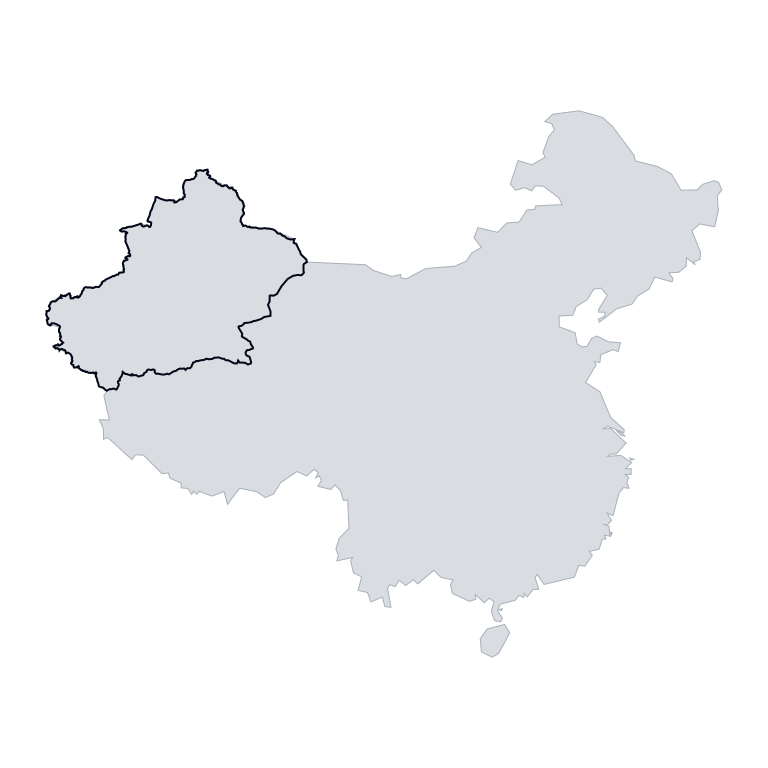 China, with Xinjiang highlighted
{"feature_id": "CHN-1756", "entity_name": "Xinjiang", "entity_type": "Autonomous Region", "adm_level": 1, "iso_a3": "CHN", "parent_name": "China", "parent_adm1": "", "projection": "equal_earth", "projection_center": [83.367, 41.753], "detail": "fine", "context": "in_parent", "style": "outline", "palette": "ink", "viewbox_px": 768, "rotation_deg": 0, "n_neighbors": 0, "source": "natural_earth", "source_scale": "10m", "svg_char_len": 9624}
<svg xmlns="http://www.w3.org/2000/svg" viewBox="0 0 768 768"><path d="M469.4,601.3L452.4,593.4L450.5,584.5L453.1,579.9L441.2,577.5L433.7,570.4L417.7,583.9L413.5,579.8L405.7,585.4L399.1,580.3L395.1,586.6L389.7,584.8L387.6,588.7L391.0,607.3L384.9,606.6L382.3,597.1L370.8,601.8L367.5,592.5L358.1,590.4L361.7,576.8L353.5,572.9L350.7,561.0L352.5,557.4L336.8,560.9L338.4,555.6L335.9,548.8L339.1,538.5L349.0,528.3L347.7,500.1L343.4,500.4L340.5,490.7L334.8,484.8L330.9,489.5L317.9,486.3L321.4,480.5L319.4,475.8L315.8,477.9L318.3,472.6L314.2,469.3L306.6,476.0L297.0,471.5L280.6,482.7L273.7,493.9L265.4,497.5L256.6,491.7L239.6,488.2L227.5,504.3L224.0,491.5L211.8,496.1L199.3,491.3L196.8,494.2L193.4,491.2L191.7,494.5L187.8,488.5L180.9,487.8L181.4,483.3L169.9,478.1L168.4,473.1L162.0,473.6L143.3,455.0L135.6,454.9L131.9,459.7L107.8,437.6L103.5,439.2L103.4,428.7L99.4,419.7L109.4,420.0L103.9,395.9L106.9,391.3L98.8,385.7L96.2,372.7L74.2,367.5L71.2,363.8L70.7,354.4L53.7,346.8L62.6,343.0L60.1,339.6L59.9,327.2L47.9,324.1L46.5,311.2L49.8,309.3L51.1,302.2L61.1,295.5L69.5,293.4L70.7,298.2L78.1,297.5L85.2,287.4L99.2,286.6L106.5,279.3L123.7,272.1L123.0,262.9L127.3,259.8L125.7,257.3L130.2,255.5L125.5,241.8L127.1,232.8L120.3,230.3L140.7,223.6L149.9,226.8L151.0,222.5L147.7,220.1L155.7,197.3L175.0,202.4L182.7,199.1L184.7,181.5L194.0,178.5L197.5,170.7L207.5,169.7L209.5,178.1L235.4,190.4L244.0,206.1L240.6,221.1L243.2,225.8L272.8,229.5L293.9,239.1L293.9,242.6L307.1,262.1L365.4,264.7L373.4,270.4L391.8,276.5L400.6,274.6L400.9,277.9L406.5,278.8L425.8,268.5L454.7,266.2L466.1,261.3L471.8,252.9L481.4,247.4L474.0,237.8L477.9,227.7L497.6,232.3L506.8,223.0L519.2,222.0L526.7,210.1L535.1,209.1L535.6,205.9L562.1,204.6L559.0,197.9L543.2,186.1L535.2,186.0L531.6,190.8L524.5,187.7L515.6,190.3L510.3,184.0L518.1,160.6L531.8,164.8L545.1,157.3L543.0,152.6L548.8,136.5L554.3,129.9L551.8,123.6L544.8,121.6L552.8,114.2L579.2,110.8L602.5,117.4L612.4,126.3L634.0,155.3L635.2,160.9L657.8,166.6L671.4,173.9L681.0,190.2L697.0,189.9L702.7,184.4L714.1,180.7L718.6,182.3L721.9,189.9L717.3,195.7L718.3,210.7L714.6,226.8L699.7,223.9L691.9,230.9L700.5,252.3L700.1,259.4L693.4,262.0L695.3,264.8L686.5,257.9L686.2,266.1L678.8,272.2L668.9,272.9L673.0,278.6L672.1,281.9L654.7,277.0L648.9,289.2L637.7,295.9L632.1,304.0L616.5,308.9L599.4,322.2L598.3,319.3L604.4,316.4L605.3,312.2L599.0,312.2L598.4,309.8L607.3,295.3L601.0,288.1L593.6,289.2L587.5,299.4L576.2,306.6L572.8,315.3L559.1,316.0L559.3,326.9L575.2,332.8L577.1,343.8L581.5,346.8L587.0,346.5L591.6,338.4L596.9,336.0L608.3,341.8L620.5,342.7L618.2,351.6L613.1,349.6L600.7,354.7L599.9,362.5L594.4,361.4L596.1,364.8L585.5,382.6L599.9,391.7L610.6,417.4L624.2,429.6L623.8,432.8L607.9,426.3L602.4,429.0L610.5,428.3L626.1,443.1L616.1,454.0L610.7,454.0L607.9,456.4L620.7,455.4L631.7,462.5L625.4,468.7L631.1,468.6L631.2,474.4L625.4,474.5L628.7,477.4L626.8,482.5L629.1,488.2L623.4,487.7L619.1,492.9L613.0,515.6L607.1,513.1L611.5,520.5L606.8,525.2L602.7,524.0L608.9,526.0L610.0,536.2L604.4,535.2L606.1,538.8L602.3,539.2L599.2,549.0L589.3,551.5L592.3,555.3L584.7,566.3L578.9,565.3L574.4,577.1L544.2,584.4L537.2,574.4L535.1,577.6L538.7,589.2L533.0,589.5L527.2,596.8L524.1,593.4L523.7,597.4L519.0,595.5L515.0,600.4L500.3,604.2L497.4,610.8L502.4,618.1L500.5,621.9L494.6,620.7L491.3,611.3L494.1,601.8L489.2,598.2L484.3,602.7L475.3,594.6L475.9,599.2L469.4,601.3ZM504.6,624.5L509.7,632.7L498.8,653.3L492.1,657.2L481.4,651.8L480.2,638.7L487.3,628.9L504.6,624.5ZM625.4,436.2L621.2,435.3L616.9,431.1L620.0,431.9L625.4,436.2ZM633.7,459.2L630.6,460.1L629.7,458.0L633.7,459.2ZM612.3,532.8L610.9,535.5L610.8,532.1L612.3,532.8ZM499.0,609.9L501.9,608.5L501.8,610.4L499.0,609.9Z" fill="#d9dde1" stroke="#a8b0b8" stroke-width="1"/><path d="M94.3,373.5L93.3,372.5L91.7,373.0L88.4,372.8L87.2,371.9L85.5,372.0L84.6,371.1L82.7,371.0L82.1,370.2L81.1,370.1L80.1,369.0L78.9,368.4L78.7,367.9L78.9,366.6L78.5,366.1L76.9,367.2L74.1,367.6L73.8,367.3L73.3,364.9L71.7,364.4L71.1,363.5L71.1,362.8L72.0,362.1L72.0,361.4L72.5,360.9L72.0,359.8L72.2,357.3L70.8,354.5L68.5,352.8L67.6,352.6L66.8,352.9L66.6,353.3L65.9,353.3L65.4,350.6L64.6,350.0L63.2,349.7L62.1,349.0L60.1,349.4L59.4,350.4L59.2,349.6L58.5,348.7L57.7,348.7L57.0,348.1L55.6,348.6L54.9,347.7L53.8,347.0L53.6,346.3L54.7,346.2L55.2,345.3L56.7,345.4L57.9,344.3L58.7,345.6L59.8,345.4L60.6,344.6L61.9,344.1L62.3,343.1L63.1,342.7L60.0,339.7L60.0,338.8L61.0,337.0L60.1,336.1L60.5,335.3L60.2,335.0L60.1,333.1L59.1,332.2L59.0,329.0L59.9,327.6L59.9,326.3L59.0,325.5L58.3,325.4L57.7,324.8L53.9,323.2L52.8,323.5L51.7,323.2L51.2,324.0L50.7,324.2L50.9,325.0L50.7,325.3L49.4,325.3L47.9,324.2L47.2,322.4L47.3,321.2L46.7,320.0L47.2,319.3L48.2,319.1L48.5,318.7L48.4,318.2L47.2,317.1L46.8,315.9L46.1,314.9L46.6,312.7L46.5,311.2L48.9,310.8L49.4,309.7L50.0,309.2L49.7,307.3L49.0,306.7L48.9,306.1L50.5,303.3L50.7,302.5L51.3,301.9L53.2,301.2L54.7,301.5L55.5,301.3L59.5,297.8L61.3,297.9L60.5,296.5L61.1,295.1L63.0,296.1L64.6,295.8L65.2,296.2L69.1,293.3L69.9,293.6L70.1,295.4L70.7,296.0L70.3,297.0L70.8,298.4L71.8,298.2L73.3,298.3L74.0,297.4L75.1,296.9L76.2,297.3L77.3,296.2L77.7,296.3L77.9,297.5L78.3,297.6L80.0,296.2L81.0,294.3L81.7,293.6L82.1,291.3L83.5,290.0L83.6,288.6L84.7,287.5L86.4,287.1L87.7,287.6L90.1,287.4L92.1,288.0L93.8,287.8L95.9,286.8L98.6,287.1L100.0,286.0L101.0,284.3L101.9,283.7L101.8,282.6L102.0,282.1L103.8,280.9L105.0,280.6L105.5,279.7L111.7,276.8L112.7,276.0L114.0,276.2L116.5,274.7L118.1,274.6L119.2,272.7L123.6,272.3L123.9,271.5L123.4,269.9L124.1,269.2L123.3,266.3L123.5,265.5L123.0,264.5L122.8,263.2L124.0,260.6L125.0,260.6L127.4,259.7L127.4,259.1L125.5,258.3L125.3,257.9L125.4,257.5L128.3,255.9L129.5,256.4L130.0,256.2L130.3,255.7L129.8,253.9L128.6,253.1L129.4,251.1L126.8,244.5L126.2,243.6L126.0,242.5L125.3,241.4L125.7,239.8L125.3,236.6L126.0,234.4L125.7,233.7L127.2,233.0L127.2,232.6L124.4,231.3L121.6,231.6L120.3,230.8L120.0,230.5L120.2,230.0L122.9,228.2L126.1,228.0L126.8,227.1L127.8,227.2L129.6,226.6L131.3,226.8L139.0,224.4L140.4,223.6L141.2,223.8L141.5,224.2L141.8,225.8L143.6,226.6L146.9,225.3L147.9,225.7L149.4,227.0L150.1,226.9L151.0,225.1L151.2,222.6L149.9,221.9L148.2,221.7L147.4,220.9L148.3,218.1L149.6,215.6L150.5,211.4L151.7,209.5L153.6,203.8L155.2,200.8L155.6,197.1L157.0,197.0L161.1,199.0L165.3,200.3L167.1,200.5L169.3,200.0L172.1,200.4L173.6,200.2L174.6,201.1L174.2,202.3L174.5,202.6L176.4,202.1L179.8,199.4L182.8,199.2L183.4,197.4L184.6,197.1L184.8,196.1L184.7,194.5L183.7,193.0L183.8,191.2L182.9,187.0L183.6,183.9L185.0,180.9L185.7,180.2L188.1,179.9L190.1,180.0L191.4,179.1L192.7,179.1L194.2,178.5L194.6,177.6L196.1,175.9L196.0,174.9L196.5,174.2L195.7,173.2L195.6,172.6L197.2,170.5L198.5,170.7L200.0,170.1L203.1,171.0L203.9,170.7L204.2,170.3L207.5,169.6L207.8,170.5L207.6,171.5L208.2,171.9L208.2,172.4L207.0,173.0L206.8,173.7L207.4,174.2L207.7,174.9L209.4,175.3L210.3,176.0L210.3,176.5L209.1,177.5L209.6,178.2L213.1,179.3L214.4,180.4L215.3,180.4L216.0,181.1L216.0,182.1L216.4,183.1L217.7,183.5L218.7,184.4L219.9,184.4L221.4,186.0L223.3,186.2L224.8,185.3L226.8,185.4L227.1,185.6L227.3,186.4L227.8,186.7L228.1,187.3L228.9,187.6L229.2,188.3L230.7,188.3L231.2,188.1L231.3,187.5L232.4,187.6L232.9,189.3L233.8,189.9L235.8,190.7L235.6,191.2L236.3,192.4L237.0,193.0L237.1,194.3L237.5,194.6L237.4,195.6L240.2,199.8L242.2,200.8L242.8,201.9L242.7,202.6L243.6,203.7L243.6,205.7L244.2,206.1L242.7,209.9L243.4,211.8L243.9,212.6L244.0,213.9L241.0,217.8L240.5,221.5L241.6,222.6L242.2,224.4L243.0,225.0L243.1,226.0L245.1,225.5L246.0,225.8L247.3,226.8L248.7,227.0L249.4,226.5L250.6,227.6L256.2,227.6L258.3,228.5L261.1,228.7L265.3,228.1L266.4,228.6L268.8,228.5L272.9,229.4L275.1,230.5L277.6,233.4L279.1,233.7L280.5,233.6L282.4,235.7L283.4,235.8L285.2,236.8L286.5,238.2L290.4,239.5L294.5,239.1L293.7,240.9L293.8,243.0L296.3,243.8L298.4,248.6L300.2,251.9L300.8,254.3L306.3,259.5L306.9,262.0L303.9,264.0L303.5,264.7L303.5,270.7L303.9,272.6L302.0,274.9L301.0,275.3L297.8,274.9L292.9,275.9L287.6,279.0L281.5,286.2L276.9,294.0L273.6,295.7L270.7,295.4L269.7,295.7L269.6,301.4L268.0,304.9L270.5,311.3L270.5,315.8L264.0,317.1L261.2,319.0L255.5,320.8L253.6,321.0L251.7,322.0L248.4,322.7L244.3,323.0L244.0,323.9L241.2,326.0L239.1,326.2L238.6,326.6L238.5,327.2L239.0,328.4L242.1,333.5L242.2,334.8L241.8,336.0L242.0,336.7L246.9,339.5L248.2,340.8L249.9,341.4L250.3,342.1L250.9,344.3L252.8,347.1L253.0,348.1L252.7,348.7L251.4,348.9L249.2,350.0L247.1,350.1L245.9,351.7L245.6,352.4L245.8,354.3L246.5,355.3L247.5,356.0L249.5,356.7L251.2,362.3L250.9,363.4L247.9,364.5L245.1,362.8L239.6,362.5L238.1,360.5L237.2,363.3L236.2,363.5L234.0,363.3L228.5,360.4L225.7,360.2L224.0,358.7L222.5,358.8L218.7,357.4L214.0,357.8L212.7,358.8L209.0,359.3L206.3,358.7L204.4,359.8L199.8,360.5L198.3,361.1L196.1,361.0L195.3,361.8L193.0,362.7L192.7,364.0L192.0,364.8L191.6,366.5L190.0,368.2L187.3,368.2L185.5,369.9L184.9,369.0L184.0,368.4L181.9,368.8L180.5,368.5L177.8,369.4L176.1,370.8L173.6,371.4L169.0,374.3L167.0,373.7L165.4,374.4L162.3,374.6L157.7,373.6L156.5,373.9L154.7,372.5L154.8,370.8L154.5,369.9L153.0,369.4L151.6,370.0L148.1,369.5L147.0,370.3L146.6,371.7L143.9,373.4L143.6,374.7L143.2,375.2L138.4,376.5L136.2,375.1L133.8,375.3L132.2,374.1L131.7,374.5L131.7,375.5L131.0,375.6L129.8,374.8L128.4,374.8L127.4,374.2L125.2,373.9L122.7,371.9L122.5,373.7L121.5,376.3L119.5,378.9L119.9,379.8L119.8,380.4L118.4,381.0L117.9,381.5L118.2,383.3L118.8,384.2L118.8,385.0L116.8,389.2L116.0,389.6L114.5,388.8L113.0,388.6L111.3,389.2L109.7,389.1L106.7,390.7L104.9,389.5L103.3,387.7L99.9,386.9L98.9,386.2L98.0,382.6L97.3,381.1L97.1,379.4L95.7,376.0L96.4,373.1L96.2,372.5L95.5,372.5L94.3,373.5Z" fill="none" stroke="#020617" stroke-width="2"/></svg>